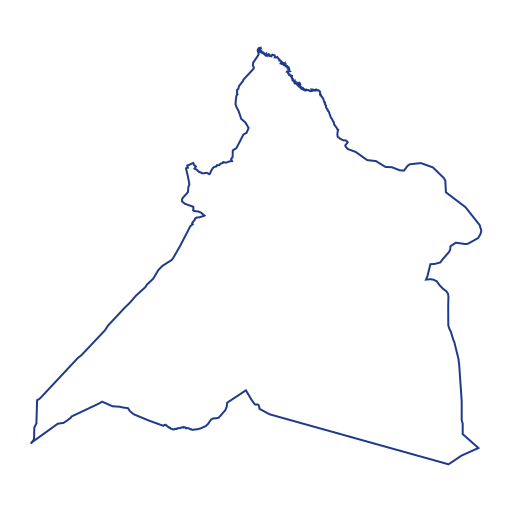 Chipata, Eastern, Zambia (Albers equal-area conic projection)
{"feature_id": "96606910B12043083212801", "entity_name": "Chipata", "entity_type": "district", "adm_level": 2, "iso_a3": "ZMB", "parent_name": "Zambia", "parent_adm1": "Eastern", "projection": "albers", "projection_center": [32.554, -13.744], "detail": "fine", "context": "isolated", "style": "outline", "palette": "blue", "viewbox_px": 512, "rotation_deg": 0, "n_neighbors": 0, "source": "geoboundaries", "source_scale": "gbopen_adm2", "svg_char_len": 5863}
<svg xmlns="http://www.w3.org/2000/svg" viewBox="0 0 512 512"><path d="M269.6,414.3L448.5,464.3L461.5,455.6L478.4,448.0L462.7,434.1L462.7,423.7L461.7,420.3L461.7,401.2L459.2,365.0L458.5,359.1L454.2,341.7L453.3,339.9L450.9,331.8L449.3,328.6L448.3,325.3L448.2,306.3L448.4,297.2L448.5,297.1L448.0,293.7L446.1,291.0L443.1,288.9L439.4,285.0L436.7,281.2L433.4,279.7L430.6,279.2L426.0,279.6L427.4,276.3L430.4,264.2L434.9,263.9L440.4,262.4L442.2,259.8L449.3,251.6L450.3,249.1L450.4,246.6L450.8,246.0L455.8,242.7L465.8,244.1L468.2,243.6L478.2,238.0L480.6,233.8L481.3,230.6L479.6,225.0L465.5,207.2L445.9,192.3L445.3,180.5L443.8,178.0L432.9,167.4L420.9,163.1L410.0,164.2L407.5,165.9L404.0,170.6L399.8,170.3L391.8,167.2L386.0,167.0L385.0,166.7L376.0,161.1L367.2,160.1L355.6,151.9L347.7,149.0L345.5,146.4L345.3,145.3L347.7,142.4L347.3,141.7L345.8,140.4L343.6,140.4L339.8,138.6L339.1,137.7L338.2,137.3L337.6,136.6L337.4,134.7L337.5,132.8L337.7,131.3L338.2,129.8L337.4,129.3L336.3,127.3L335.0,125.7L334.7,125.0L334.2,124.7L333.7,121.9L332.9,121.2L332.2,119.2L330.9,117.7L328.9,111.8L328.3,111.3L327.7,110.5L327.6,109.4L326.9,108.9L325.9,107.0L326.1,105.9L324.9,104.0L325.0,102.8L324.8,102.4L324.5,102.5L324.0,101.6L323.4,99.1L322.0,96.8L321.7,96.7L321.3,95.9L320.7,95.6L320.8,95.2L320.4,95.2L320.0,94.2L320.3,93.6L319.9,92.7L320.0,91.7L319.5,91.1L318.4,90.6L318.4,90.3L317.0,90.4L316.9,89.9L316.5,89.8L316.1,90.3L315.5,90.5L315.5,89.9L315.0,90.3L314.4,90.0L313.7,90.3L313.4,90.0L313.5,89.8L312.0,89.4L311.6,90.0L311.9,90.1L311.6,90.4L311.4,90.2L311.4,90.5L311.0,90.8L311.4,91.0L310.6,91.2L309.5,90.9L308.6,90.0L307.6,90.1L306.6,89.7L306.4,90.3L305.0,90.5L304.7,90.3L304.9,89.7L304.2,89.7L304.3,89.4L303.5,89.1L303.7,88.8L302.6,87.8L301.8,88.4L301.8,89.0L301.4,88.8L301.1,88.4L301.3,88.1L301.0,87.3L300.5,87.6L300.2,86.9L300.0,87.1L299.5,86.9L299.7,86.4L299.2,86.5L298.5,86.0L299.0,85.7L298.7,85.5L299.0,85.0L299.6,85.3L300.1,85.1L300.4,84.3L299.4,82.7L298.7,82.8L298.7,83.2L298.4,83.4L298.0,83.3L298.1,84.1L297.4,84.4L297.2,83.9L296.8,84.1L296.7,83.8L297.2,83.1L296.8,83.1L296.7,83.5L296.1,83.3L296.2,83.5L295.0,83.0L294.8,83.4L294.5,83.2L294.4,83.0L294.7,82.7L294.9,81.8L294.7,81.6L294.1,81.6L293.9,81.3L294.3,81.2L294.0,81.1L294.1,80.9L293.8,81.0L293.6,80.6L293.2,80.7L292.7,80.4L293.1,79.8L292.8,78.9L292.6,78.8L292.3,79.2L292.1,78.3L291.8,78.2L291.6,77.5L291.9,77.3L291.8,76.9L292.0,76.4L292.0,75.9L291.3,75.6L291.3,76.3L291.0,76.2L289.2,75.0L289.4,74.5L289.0,74.4L288.9,74.0L288.1,73.4L287.6,72.1L286.9,71.8L287.1,71.5L288.1,71.8L288.1,71.4L288.8,71.5L289.0,71.3L289.7,71.2L289.3,70.8L289.3,69.5L289.1,69.2L288.4,69.0L288.9,68.4L288.5,68.1L288.7,67.6L288.5,67.1L287.6,67.2L287.6,67.6L287.3,67.6L287.1,66.2L285.9,66.3L286.1,65.7L285.5,65.4L285.6,64.5L285.0,64.7L284.8,63.7L284.4,63.7L284.5,63.2L283.7,63.7L284.0,64.0L283.7,64.9L282.9,64.4L283.0,63.8L282.6,63.5L282.6,63.3L282.1,63.5L282.1,63.8L281.7,63.8L281.7,63.2L281.2,63.5L280.7,63.4L281.1,62.9L282.1,62.3L281.2,61.8L281.3,61.5L280.4,60.6L279.3,60.6L279.4,59.4L278.4,58.7L277.3,57.0L276.6,57.4L274.8,57.4L275.0,56.6L274.6,55.3L272.3,54.7L271.5,56.3L270.9,56.1L270.6,55.7L270.2,56.0L269.8,55.8L269.4,56.0L268.9,54.2L268.5,54.1L267.9,54.5L268.0,54.7L267.8,55.0L266.7,54.5L266.7,54.8L266.9,55.1L266.8,55.9L265.4,55.4L265.1,54.8L265.3,54.3L264.9,54.6L264.1,54.0L263.9,53.7L264.2,53.4L263.8,52.9L263.2,53.4L262.6,52.7L262.8,52.3L261.6,51.9L261.4,52.3L260.9,51.8L261.0,51.4L260.6,51.6L260.5,51.3L260.2,51.4L260.2,51.8L259.9,51.6L259.4,51.8L259.1,51.3L258.9,51.4L258.7,50.8L258.9,50.4L259.9,50.6L259.9,49.9L260.9,48.5L260.6,47.7L258.7,48.2L257.6,50.2L258.6,53.8L258.6,54.6L253.1,62.8L252.9,65.5L253.8,67.4L253.6,68.7L243.4,79.7L243.3,80.6L239.0,86.1L238.3,89.0L237.3,89.6L237.0,90.2L237.2,91.6L236.9,93.3L237.5,94.2L236.6,95.5L236.2,96.8L235.5,103.9L235.8,105.2L236.4,107.0L238.6,111.0L241.2,118.8L245.5,122.6L248.6,128.0L246.5,132.9L243.5,134.4L236.4,148.1L232.8,150.4L232.6,157.1L231.1,159.0L232.0,161.1L229.8,161.3L226.4,162.5L224.8,162.5L223.2,162.1L222.7,163.1L220.9,163.5L220.0,164.1L219.4,165.1L216.9,165.2L216.5,166.4L214.0,167.0L212.9,168.0L210.9,171.3L210.2,173.4L209.5,174.1L208.9,174.1L207.7,173.2L206.6,172.8L202.9,173.4L201.5,173.1L200.8,172.3L199.3,172.2L199.1,171.7L197.9,171.0L197.0,169.8L194.5,168.6L195.9,166.4L194.1,165.0L193.3,163.0L187.3,165.6L187.9,167.7L186.3,168.0L186.0,168.4L188.0,176.9L189.4,184.3L188.4,187.1L187.9,192.2L182.4,198.3L182.0,199.8L182.1,201.5L184.8,203.7L193.3,206.8L193.4,209.4L193.0,210.2L194.0,211.0L198.3,211.5L199.7,212.0L201.2,212.8L204.5,215.6L203.7,216.0L198.9,217.4L196.7,217.5L195.0,218.6L195.1,219.3L194.8,219.7L193.2,221.6L192.9,222.3L192.1,223.1L192.1,223.7L192.7,224.3L190.3,226.2L180.2,245.8L173.3,257.8L171.7,260.0L162.5,265.8L158.3,270.1L153.2,278.7L146.9,284.6L145.4,287.1L135.9,295.7L129.8,302.8L124.9,307.5L107.8,325.8L105.5,329.5L104.4,330.9L84.9,351.5L81.0,355.6L78.0,357.8L40.3,398.1L38.8,399.3L37.1,400.2L36.4,423.4L34.3,427.5L34.1,437.6L33.7,439.9L30.7,443.6L32.6,441.8L57.8,423.7L63.5,422.9L67.0,420.6L70.9,417.7L71.5,416.5L98.4,403.8L102.2,401.7L112.6,406.3L119.5,406.7L122.5,407.4L128.0,408.2L129.7,410.9L132.7,413.5L134.3,414.5L148.7,420.5L163.3,425.8L164.5,424.9L165.3,425.0L165.6,424.9L165.7,425.3L166.4,425.3L167.6,426.6L168.9,427.2L169.1,427.7L170.0,427.7L170.5,428.5L173.3,429.5L174.3,429.3L174.6,428.9L175.1,429.0L176.3,428.7L176.7,429.0L178.0,428.1L179.9,428.1L180.2,427.8L181.4,427.7L181.9,427.4L182.4,427.5L183.3,427.1L183.5,427.5L185.0,427.2L185.5,427.8L186.0,427.9L186.1,428.3L187.4,428.1L188.8,428.3L190.0,429.2L191.0,429.1L191.3,429.5L192.6,429.8L197.6,429.2L200.3,428.5L205.9,426.0L208.1,423.8L211.0,419.6L213.0,418.5L217.3,418.1L218.9,417.5L225.3,410.2L226.7,406.8L227.2,402.7L245.9,390.3L251.2,399.3L254.5,404.0L255.4,404.6L257.2,404.4L258.5,404.9L259.5,408.0L259.4,408.8L269.6,414.3Z" fill="none" stroke="#1e3a8a" stroke-width="2"/></svg>